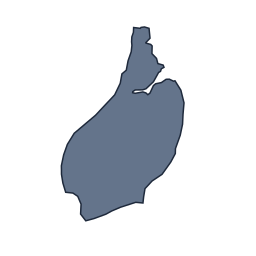 the district of Jongju City, P'yŏngan-bukto, North Korea, rotated 198°
{"feature_id": "82179303B20654085451729", "entity_name": "Jongju City", "entity_type": "district", "adm_level": 2, "iso_a3": "PRK", "parent_name": "North Korea", "parent_adm1": "P'yŏngan-bukto", "projection": "equal_earth", "projection_center": [125.249, 39.696], "detail": "fine", "context": "isolated", "style": "filled", "palette": "slate", "viewbox_px": 256, "rotation_deg": 198, "n_neighbors": 0, "source": "geoboundaries", "source_scale": "gbopen_adm2", "svg_char_len": 1138}
<svg xmlns="http://www.w3.org/2000/svg" viewBox="0 0 256 256"><g transform="rotate(198 128 128)"><path d="M90.6,61.3L91.9,67.6L93.1,75.6L88.7,85.1L81.3,94.5L76.8,108.8L75.1,118.3L76.5,123.1L76.1,137.3L77.3,148.5L79.9,158.0L82.5,169.2L89.4,180.3L97.9,187.4L99.2,186.6L103.8,187.2L106.8,186.1L108.7,183.6L110.3,181.5L115.4,178.6L116.9,176.2L117.9,168.0L119.4,165.8L121.8,166.9L125.0,166.9L131.9,163.2L134.5,163.0L134.7,164.1L132.9,166.4L125.9,168.8L123.0,170.9L118.1,179.8L116.6,187.4L116.1,190.2L114.6,191.9L114.6,194.6L112.5,196.8L114.0,198.7L119.5,198.5L122.4,203.0L128.2,206.1L130.4,213.5L132.2,214.5L137.1,214.3L137.4,214.8L134.8,220.2L138.8,229.3L143.5,229.2L146.7,227.7L147.1,226.6L153.7,225.3L152.4,220.6L152.5,215.8L151.2,211.0L149.8,207.8L148.5,201.5L148.7,191.9L147.5,182.4L150.5,177.6L149.2,168.1L150.9,155.4L156.9,142.7L162.8,130.1L168.7,120.6L177.5,106.4L180.6,93.7L180.9,82.6L179.7,71.5L178.3,67.5L177.0,63.5L172.9,55.5L167.4,47.6L160.3,49.1L159.2,48.8L154.7,47.5L149.1,41.1L146.5,31.5L139.5,26.7L132.3,31.4L122.3,39.3L117.9,44.0L110.7,50.3L97.7,59.7L90.6,61.3Z" fill="#64748b" stroke="#1e293b" stroke-width="1.5"/></g></svg>